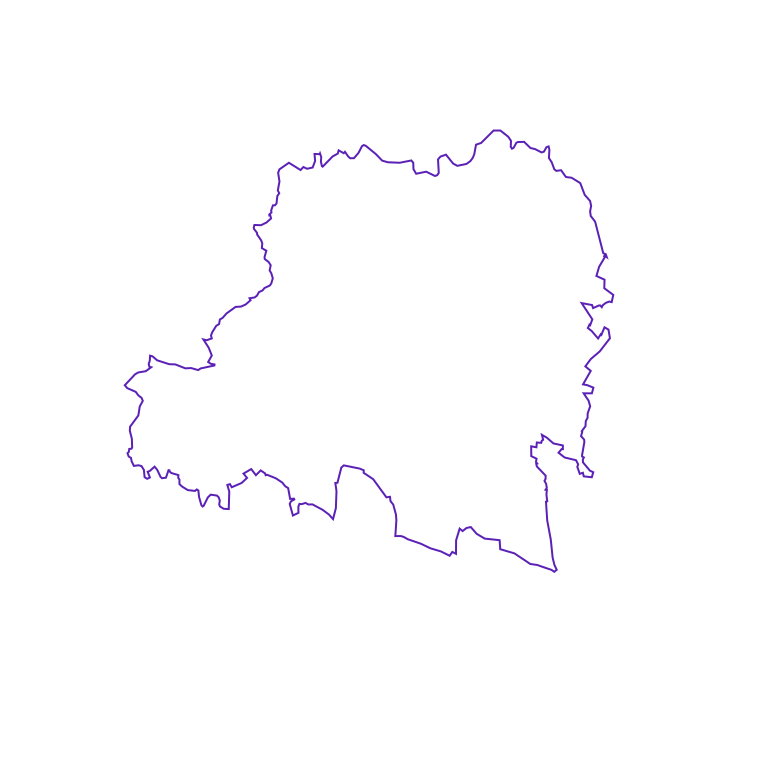 Naas Lea-7, Kildare, Ireland, rotated 66°
{"feature_id": "5873133B14255448334282", "entity_name": "Naas Lea-7", "entity_type": "district", "adm_level": 2, "iso_a3": "IRL", "parent_name": "Ireland", "parent_adm1": "Kildare", "projection": "robinson", "projection_center": [-6.602, 53.206], "detail": "fine", "context": "isolated", "style": "outline", "palette": "violet", "viewbox_px": 768, "rotation_deg": 66, "n_neighbors": 0, "source": "geoboundaries", "source_scale": "gbopen_adm2", "svg_char_len": 4857}
<svg xmlns="http://www.w3.org/2000/svg" viewBox="0 0 768 768"><g transform="rotate(66 384 384)"><path d="M170.7,297.9L158.9,303.8L157.5,305.3L157.8,307.4L162.5,313.3L165.5,319.6L164.0,323.1L161.5,324.2L156.0,325.2L156.8,326.9L152.1,330.4L154.7,332.5L155.2,338.3L160.5,351.6L159.7,352.1L155.2,351.2L151.3,349.1L147.4,348.7L147.9,349.2L145.6,353.9L152.2,356.2L157.2,361.1L156.1,366.7L153.0,369.4L154.6,373.2L143.2,380.9L145.4,392.3L148.0,394.8L156.4,397.1L164.1,402.3L167.1,402.1L168.9,405.0L175.4,408.8L176.4,411.0L175.6,412.8L179.7,416.6L181.5,417.0L182.5,419.9L183.4,420.2L183.7,419.3L186.8,419.8L188.7,425.8L188.9,431.8L186.0,437.7L188.0,439.3L189.4,439.7L194.3,438.5L195.8,439.1L202.8,437.8L206.0,438.0L210.2,440.3L214.4,437.3L219.6,441.6L221.4,442.1L225.6,439.8L229.4,439.2L233.8,442.3L236.8,441.9L242.2,442.6L246.2,446.0L247.6,448.2L247.7,454.1L249.1,456.9L249.2,460.9L251.6,464.1L252.3,467.0L251.0,472.0L253.2,471.8L255.1,478.1L255.1,483.2L253.2,488.2L255.5,499.2L258.0,504.7L258.3,507.7L262.2,510.3L262.6,513.6L266.9,519.9L269.3,522.3L272.3,522.8L271.9,528.2L269.8,530.9L279.5,529.4L287.9,529.7L292.4,535.7L295.1,534.0L297.2,530.9L298.1,531.4L295.2,545.2L295.7,548.1L291.0,553.7L288.9,559.1L281.2,566.7L278.6,572.1L270.1,581.6L264.6,584.2L263.0,586.2L267.3,588.4L270.0,590.8L272.9,591.3L274.0,589.9L275.4,596.4L273.5,603.8L273.9,607.5L279.7,621.3L283.4,620.2L290.2,614.0L294.3,613.1L298.2,611.1L301.3,611.2L305.1,616.2L312.8,621.2L319.7,633.3L323.3,635.2L331.4,636.6L339.6,639.9L340.4,641.0L339.7,643.1L342.2,644.7L342.9,646.5L346.4,646.7L348.6,645.2L352.0,646.0L357.1,645.8L358.4,641.3L360.4,638.9L364.8,638.3L371.8,640.6L374.3,638.9L374.2,635.9L368.0,635.6L368.2,633.4L366.2,627.2L370.2,626.1L378.0,625.9L379.8,625.1L380.9,621.3L375.1,615.9L375.7,615.1L376.8,615.4L378.8,614.5L383.6,608.9L385.9,610.1L388.3,609.8L392.2,611.6L395.7,610.1L401.1,606.4L404.8,600.2L404.2,597.9L405.8,596.9L411.9,598.9L420.4,600.1L422.1,599.6L422.0,598.4L416.0,591.1L414.6,587.4L417.9,582.1L420.2,581.1L423.7,581.4L426.9,583.5L429.1,583.7L432.8,581.2L435.1,576.7L419.3,569.1L412.5,568.2L412.8,565.5L416.4,565.1L416.5,554.4L414.1,547.3L408.7,548.8L407.7,539.9L415.2,538.1L412.8,531.8L417.3,529.0L419.2,529.2L419.4,527.7L426.1,521.2L432.7,517.0L437.3,515.8L440.1,513.9L450.8,516.5L452.1,512.9L453.0,512.9L453.4,516.8L455.2,518.9L467.1,520.7L466.9,514.6L461.2,512.1L459.1,510.0L460.3,508.0L460.7,504.1L463.3,502.1L464.9,498.3L473.9,491.3L480.8,487.4L486.7,485.5L477.9,478.5L462.6,471.0L454.6,468.7L455.3,466.7L443.0,457.0L442.0,453.8L451.4,440.6L454.6,437.6L456.9,438.7L466.5,432.6L488.5,427.9L489.5,424.4L493.6,425.7L498.0,424.6L508.2,426.2L513.7,428.2L527.5,435.5L529.8,430.4L531.7,428.2L535.4,425.5L544.9,415.3L552.9,408.5L560.2,400.0L567.6,393.9L565.2,389.9L568.4,387.3L556.1,381.7L546.9,373.7L550.3,372.0L549.1,367.2L550.0,362.9L558.5,360.3L566.2,354.9L573.7,341.9L582.2,345.0L591.8,333.7L607.9,323.6L611.6,317.7L617.9,311.0L621.8,306.7L624.8,304.8L624.0,301.8L618.6,301.9L611.3,300.6L593.9,294.9L575.1,290.4L557.4,283.9L557.6,282.6L551.1,280.6L547.0,278.3L546.3,279.4L545.1,277.5L541.1,276.5L537.8,276.8L536.5,275.1L533.5,273.6L521.5,277.9L518.9,277.4L519.0,276.4L517.1,276.9L514.3,275.0L509.8,278.8L500.8,274.9L503.8,270.5L499.6,268.2L501.7,264.3L500.0,262.9L499.7,261.3L494.7,260.4L499.4,257.0L507.2,253.4L512.9,245.6L516.3,247.1L515.7,248.2L517.8,252.5L524.6,248.9L531.7,239.6L536.3,239.3L538.3,241.1L545.7,241.7L546.0,238.4L549.6,239.1L553.7,232.1L549.7,228.7L547.0,231.1L536.5,234.1L533.8,233.0L532.4,231.3L530.8,232.5L529.6,232.0L518.4,224.5L516.1,223.8L511.8,225.2L508.3,222.3L507.5,222.5L504.5,217.1L499.9,214.7L497.7,211.8L493.7,209.9L488.2,204.7L482.4,203.9L473.7,205.4L477.1,197.9L472.5,194.2L467.8,198.7L465.3,202.3L456.1,189.8L449.8,192.9L445.3,184.9L442.0,173.7L434.1,159.0L425.6,156.8L421.9,159.5L427.5,165.4L426.7,165.7L429.5,169.9L420.1,172.7L415.8,175.0L413.3,172.1L414.1,171.7L409.7,167.4L390.5,170.5L396.5,161.8L399.7,162.1L399.7,155.7L400.2,154.5L402.4,153.8L401.0,152.1L400.1,148.3L400.3,144.7L401.8,142.7L395.9,138.3L386.1,143.8L378.4,140.1L371.7,146.0L364.4,139.8L357.9,130.6L356.8,131.0L356.4,130.3L358.7,128.9L355.6,128.6L353.7,130.5L321.6,125.1L314.6,126.8L310.1,125.5L305.5,122.3L300.6,121.3L292.9,123.7L280.3,123.0L271.9,128.7L268.9,133.6L260.7,135.3L259.4,139.9L257.0,141.1L249.8,140.6L244.6,141.4L237.2,137.6L233.9,137.0L233.7,139.2L236.8,143.4L236.5,145.9L230.9,150.4L228.0,154.2L219.8,157.5L217.4,163.3L217.5,165.0L221.0,169.6L221.1,171.4L218.8,171.7L213.5,169.1L208.7,169.9L199.8,174.6L197.0,180.8L203.3,197.2L202.8,202.6L210.7,208.0L213.5,210.9L215.5,214.4L216.5,219.2L214.5,228.3L210.7,231.2L199.7,234.1L199.2,239.9L200.8,243.3L213.4,248.1L214.9,250.5L214.7,252.8L207.2,259.1L205.0,269.1L199.7,269.7L193.8,267.3L190.9,268.1L188.3,279.6L183.0,290.3L179.2,294.8L170.7,297.9Z" fill="none" stroke="#5b21b6" stroke-width="2"/></g></svg>